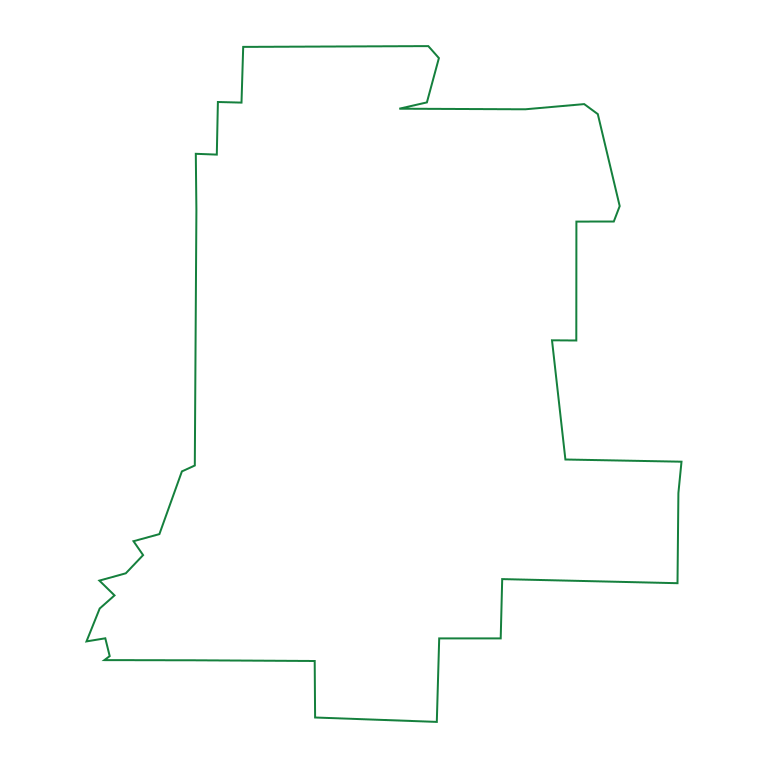 outline of Livingston, New York, United States of America
{"feature_id": "52423323B89765058067018", "entity_name": "Livingston", "entity_type": "district", "adm_level": 2, "iso_a3": "USA", "parent_name": "United States of America", "parent_adm1": "New York", "projection": "natural_earth1", "projection_center": [-77.807, 42.73], "detail": "fine", "context": "isolated", "style": "outline", "palette": "green", "viewbox_px": 768, "rotation_deg": 0, "n_neighbors": 0, "source": "geoboundaries", "source_scale": "gbopen_adm2", "svg_char_len": 637}
<svg xmlns="http://www.w3.org/2000/svg" viewBox="0 0 768 768"><path d="M436.8,721.9L439.2,638.4L500.7,638.4L502.2,579.1L677.5,583.2L678.4,493.0L681.5,461.7L565.4,459.5L552.0,340.3L576.3,340.5L576.4,221.6L613.8,221.5L619.7,206.1L597.8,114.1L584.2,104.1L525.1,109.3L399.3,108.7L426.9,102.4L438.9,58.1L428.3,46.1L243.2,46.9L241.5,102.6L217.9,102.0L216.8,154.6L195.8,153.8L196.4,210.2L194.8,465.5L181.9,471.4L159.4,534.1L133.5,541.2L143.1,555.1L125.8,573.3L99.4,580.6L114.5,595.4L99.7,608.5L86.5,641.4L105.3,638.3L109.7,656.1L104.4,660.1L196.1,660.3L314.7,661.0L315.1,717.5L436.8,721.9Z" fill="none" stroke="#15803d" stroke-width="2"/></svg>